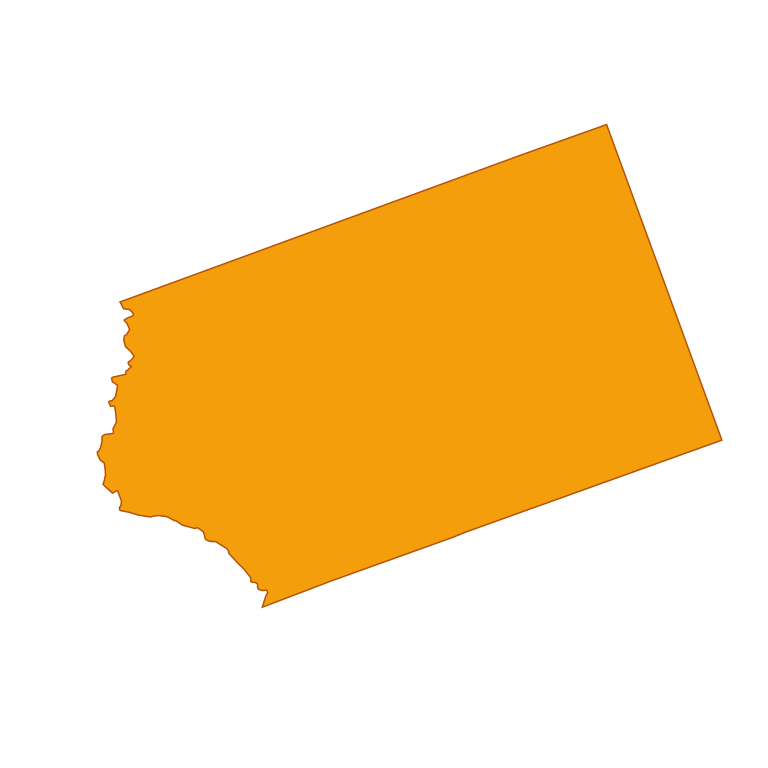 the district of Plymouth, Iowa, United States of America, rotated 340°
{"feature_id": "52423323B13817695783408", "entity_name": "Plymouth", "entity_type": "district", "adm_level": 2, "iso_a3": "USA", "parent_name": "United States of America", "parent_adm1": "Iowa", "projection": "natural_earth1", "projection_center": [-96.528, 42.735], "detail": "fine", "context": "isolated", "style": "filled", "palette": "amber", "viewbox_px": 768, "rotation_deg": 340, "n_neighbors": 0, "source": "geoboundaries", "source_scale": "gbopen_adm2", "svg_char_len": 1591}
<svg xmlns="http://www.w3.org/2000/svg" viewBox="0 0 768 768"><g transform="rotate(340 384 384)"><path d="M681.9,216.3L591.8,215.7L163.9,216.6L164.5,219.6L165.0,224.2L170.4,227.1L172.2,231.1L172.3,232.9L171.3,234.2L166.2,234.1L161.8,235.0L161.6,235.8L163.1,238.5L163.6,245.8L158.9,249.6L157.0,249.7L156.3,250.4L154.5,253.7L153.9,260.0L153.9,260.6L156.9,266.3L158.6,272.0L157.7,273.3L153.6,275.5L151.4,275.7L150.7,277.0L151.1,279.4L152.6,281.1L147.7,283.4L146.2,283.5L144.4,286.5L137.9,285.7L131.5,284.8L130.1,285.3L129.5,289.0L133.0,293.8L132.9,294.8L127.9,303.2L127.0,304.1L122.9,306.7L119.9,306.2L119.1,307.0L119.4,311.4L122.0,311.9L123.0,312.8L123.1,313.5L121.8,320.4L119.6,328.2L114.1,333.3L113.1,337.2L112.5,337.8L104.1,335.9L101.1,336.9L99.3,341.5L95.8,347.0L92.9,349.6L91.5,349.6L90.7,352.0L91.4,358.6L94.1,362.4L92.7,369.3L91.3,373.9L88.6,378.4L85.7,382.2L86.5,384.2L91.6,393.7L95.9,392.9L97.1,393.3L97.3,404.1L95.2,408.3L93.2,409.4L92.6,412.2L93.4,413.0L101.1,417.7L108.2,423.1L118.8,429.0L122.4,429.4L127.0,430.4L134.9,434.6L140.4,440.8L141.5,441.1L146.2,447.6L156.7,455.0L159.1,455.2L160.1,455.8L163.5,460.9L163.7,464.0L163.1,468.0L163.5,469.6L166.7,472.4L172.0,474.6L180.0,485.0L180.8,487.7L180.3,490.2L185.3,502.1L188.9,509.5L192.4,520.0L192.3,521.4L191.4,523.4L191.7,524.7L192.6,525.4L195.0,526.3L196.5,528.1L196.6,529.8L195.9,531.0L195.5,532.8L196.0,534.1L199.1,536.5L202.8,537.4L203.4,538.5L203.3,539.9L202.6,541.2L200.7,542.5L193.3,552.1L268.2,551.0L396.4,551.6L411.3,551.1L591.8,551.9L682.3,552.3L681.9,216.3Z" fill="#f59e0b" stroke="#b45309" stroke-width="1.5"/></g></svg>